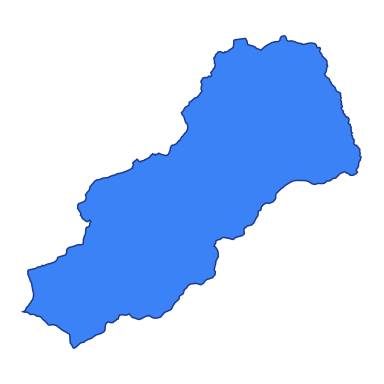 Acevedo, Huila, Colombia
{"feature_id": "7082276B6986127045268", "entity_name": "Acevedo", "entity_type": "district", "adm_level": 2, "iso_a3": "COL", "parent_name": "Colombia", "parent_adm1": "Huila", "projection": "mercator", "projection_center": [-75.971, 1.706], "detail": "fine", "context": "isolated", "style": "filled", "palette": "blue", "viewbox_px": 384, "rotation_deg": 0, "n_neighbors": 0, "source": "geoboundaries", "source_scale": "gbopen_adm2", "svg_char_len": 5904}
<svg xmlns="http://www.w3.org/2000/svg" viewBox="0 0 384 384"><path d="M361.0,156.9L359.9,156.1L359.8,155.7L360.2,153.4L359.6,151.3L359.9,149.6L357.6,146.5L356.3,145.2L355.0,145.1L354.0,143.8L353.8,142.8L354.1,141.4L354.0,139.5L353.3,139.2L353.2,138.6L352.5,137.9L352.4,135.9L351.8,135.5L351.4,134.8L351.5,133.7L352.3,133.0L351.7,132.5L351.2,131.3L351.4,130.2L351.0,128.9L351.2,127.2L350.3,125.8L350.2,124.6L349.1,124.2L348.9,123.4L348.4,123.2L348.4,121.9L348.9,121.4L349.1,119.0L347.9,117.4L347.0,116.9L346.6,117.1L346.3,116.8L346.0,116.8L345.5,116.3L345.5,115.9L344.9,115.1L344.6,114.1L343.5,113.5L343.2,112.3L343.4,112.0L343.4,111.1L342.4,110.4L341.4,109.0L341.3,108.2L341.4,107.6L342.3,107.0L342.0,105.5L341.1,104.3L341.6,103.8L341.2,102.1L341.4,101.3L340.5,100.1L341.1,97.6L340.7,96.4L340.5,93.2L338.9,92.2L337.5,91.8L336.4,91.0L335.0,87.4L331.5,84.1L331.0,82.3L330.0,81.6L329.6,79.6L329.1,78.7L326.4,77.0L324.3,73.9L325.0,73.5L325.8,72.3L326.5,70.2L326.7,67.9L326.9,67.2L327.6,66.5L327.3,65.0L326.7,64.7L327.0,64.0L326.9,61.0L325.9,59.6L322.0,55.8L321.6,53.9L319.5,51.5L320.4,48.5L319.9,47.7L319.0,47.4L318.2,47.8L317.1,47.6L316.2,45.0L314.9,43.6L311.5,43.0L309.8,43.0L303.3,44.5L301.6,43.7L297.1,42.8L294.4,41.5L291.6,40.9L290.3,40.9L289.3,41.3L287.9,41.0L286.6,40.0L286.2,37.9L285.4,36.3L284.4,35.8L282.7,36.0L281.3,36.6L280.0,38.8L280.1,39.6L279.8,40.5L278.9,41.4L274.7,41.8L271.4,42.8L265.6,46.0L261.0,50.1L256.4,48.3L254.8,46.8L251.7,45.6L250.6,45.5L247.6,44.4L247.0,41.1L245.5,38.4L234.8,39.8L233.7,40.8L233.9,43.4L233.2,47.3L232.8,47.7L230.2,49.5L229.3,49.8L228.8,50.6L228.0,51.2L225.9,52.0L224.9,51.8L224.0,52.5L223.9,53.1L220.2,51.6L217.8,52.1L217.1,53.5L215.6,54.7L215.2,57.0L214.1,57.4L213.9,58.5L214.7,62.2L214.4,63.1L215.2,64.2L215.5,65.2L214.8,66.2L214.7,67.6L213.3,68.8L213.4,69.5L210.8,72.6L211.3,73.7L211.6,75.8L210.6,76.6L209.8,76.2L208.7,76.2L208.3,76.5L208.2,77.0L207.1,77.7L205.2,77.4L204.7,77.7L203.4,77.8L202.3,78.6L202.1,79.7L201.1,81.0L200.9,82.0L202.1,84.4L201.4,86.2L201.1,88.3L201.1,89.2L201.9,90.7L201.7,91.5L198.8,95.5L196.5,97.7L194.7,98.0L191.6,100.8L189.3,102.2L188.9,105.0L188.5,105.5L185.2,107.3L183.6,110.0L183.5,110.6L181.4,112.6L182.1,114.4L183.8,116.5L185.7,122.6L187.5,124.4L187.8,127.5L187.5,129.6L186.9,130.3L186.3,132.2L185.2,132.8L182.7,136.2L181.8,136.8L179.9,140.1L178.7,140.8L176.8,143.2L175.4,144.3L174.1,145.1L172.8,145.0L171.7,145.6L170.6,147.1L170.1,150.2L168.7,153.8L167.7,154.8L166.3,155.5L164.9,155.4L161.0,154.3L158.7,153.2L157.5,154.1L156.0,154.5L155.5,155.1L154.5,154.3L153.3,154.2L152.7,153.8L152.2,154.4L151.3,154.9L149.8,157.0L148.4,158.0L146.1,159.1L145.6,159.7L144.4,159.9L144.1,160.5L141.5,161.0L140.7,161.3L140.7,161.7L140.3,161.8L138.9,161.4L137.8,159.8L136.8,159.2L135.7,160.5L133.7,161.7L132.9,162.8L132.8,163.4L133.5,165.0L132.3,167.2L132.1,168.0L132.3,168.1L130.1,169.5L125.3,171.6L121.8,172.8L116.5,174.0L115.9,174.7L112.6,175.5L109.0,176.9L108.2,177.6L102.4,178.2L100.4,179.3L97.0,179.9L94.6,181.2L93.9,182.3L90.1,186.6L89.2,190.3L87.5,192.0L85.4,194.9L86.3,197.5L85.6,199.9L84.5,201.4L78.7,203.7L77.7,205.2L77.7,208.5L81.0,213.6L80.4,215.2L81.6,216.6L82.4,218.5L86.6,221.6L88.2,221.4L89.8,220.2L90.9,221.3L90.0,222.6L89.4,226.1L87.8,227.1L86.7,227.3L85.9,228.4L85.5,233.3L85.2,234.9L84.5,235.7L83.4,239.4L83.3,242.3L83.0,244.0L81.2,244.8L78.5,244.7L76.9,245.0L75.9,245.5L71.0,247.1L69.4,247.3L67.5,248.7L66.6,250.0L66.6,253.0L65.4,255.0L58.1,257.2L57.4,258.0L57.4,259.3L56.6,260.3L54.5,262.1L50.1,263.6L47.9,264.0L43.3,265.9L42.7,265.4L42.2,265.4L40.8,266.7L39.8,267.0L38.5,266.8L35.1,268.6L29.2,269.8L28.1,270.4L27.7,271.4L28.1,272.8L27.8,274.1L29.7,278.6L30.2,280.8L31.5,282.9L32.8,290.6L33.4,292.5L33.6,295.4L32.7,299.7L31.5,300.7L30.7,302.6L29.1,304.3L28.7,305.5L26.7,307.3L26.0,308.5L25.7,309.7L24.7,311.0L23.0,311.7L24.4,312.1L27.5,312.3L30.3,314.5L33.0,314.3L35.0,314.8L37.0,316.3L38.8,316.2L40.1,316.7L41.5,317.5L42.8,319.4L45.8,321.8L48.1,324.6L49.1,325.1L51.3,324.9L52.4,324.5L54.5,325.1L56.0,325.3L62.3,330.1L69.2,334.0L69.8,335.2L70.2,342.8L71.9,345.2L73.0,347.6L73.8,348.2L74.9,347.8L76.4,346.8L80.3,343.0L84.1,342.1L85.5,340.8L87.2,339.8L91.2,338.4L96.0,335.0L100.9,333.5L103.8,331.9L105.0,330.1L105.2,325.9L105.7,324.3L106.7,322.8L108.0,321.9L111.2,322.7L113.3,322.4L113.8,321.5L115.8,320.5L116.9,319.2L117.7,319.3L118.1,319.0L119.1,315.9L119.8,314.9L122.7,314.8L126.1,315.2L129.4,314.0L132.2,317.4L133.9,317.9L134.8,317.9L136.0,318.6L139.0,319.5L141.2,318.8L145.1,316.6L147.3,316.1L148.5,315.4L152.7,317.7L154.8,318.2L158.0,317.9L160.6,317.0L164.6,312.4L169.8,310.2L171.7,308.8L172.6,306.4L175.1,302.6L178.8,299.4L179.1,298.7L179.1,297.3L179.8,295.8L182.8,294.1L183.5,292.7L184.4,289.6L186.4,288.1L188.1,285.7L189.4,284.5L191.3,283.9L195.7,283.4L197.2,283.6L200.4,284.7L201.6,284.5L203.7,283.0L204.9,281.2L206.6,279.6L212.4,277.8L215.0,274.8L215.4,271.8L214.3,270.2L214.6,267.5L215.6,263.9L215.9,261.1L218.4,256.5L218.0,251.8L217.5,250.4L216.1,248.0L214.8,246.4L214.0,246.0L215.7,243.0L215.9,241.0L217.8,239.8L220.0,239.5L222.2,237.7L223.5,237.4L228.8,238.3L232.4,239.4L233.4,239.4L234.7,238.2L236.2,237.3L241.8,235.7L243.7,234.6L244.4,233.5L243.9,230.4L244.0,229.0L244.5,228.1L245.6,227.7L246.8,226.2L251.7,224.9L253.8,222.9L256.4,217.7L257.9,215.8L258.3,211.3L258.8,210.9L260.8,210.1L261.4,206.9L263.0,205.0L265.9,203.0L269.6,203.3L273.3,201.6L274.6,200.1L275.7,198.4L275.7,194.7L276.2,193.6L281.1,188.8L283.4,187.2L284.8,185.7L290.1,182.4L293.5,180.8L297.3,180.4L305.7,180.6L308.9,181.7L312.1,183.8L314.1,184.3L315.3,184.3L318.1,183.4L321.7,183.6L324.3,183.3L327.2,180.9L329.7,180.9L332.8,178.7L333.8,178.2L335.7,178.1L339.7,174.0L340.6,173.3L344.5,171.8L345.5,172.1L346.6,173.1L348.5,173.6L349.7,174.9L350.7,175.3L352.7,175.3L354.1,174.8L356.4,173.4L357.5,172.1L356.5,170.7L356.5,169.2L357.7,167.7L358.5,166.1L358.8,162.2L360.2,160.3L361.0,156.9Z" fill="#3b82f6" stroke="#1e3a8a" stroke-width="1.5"/></svg>